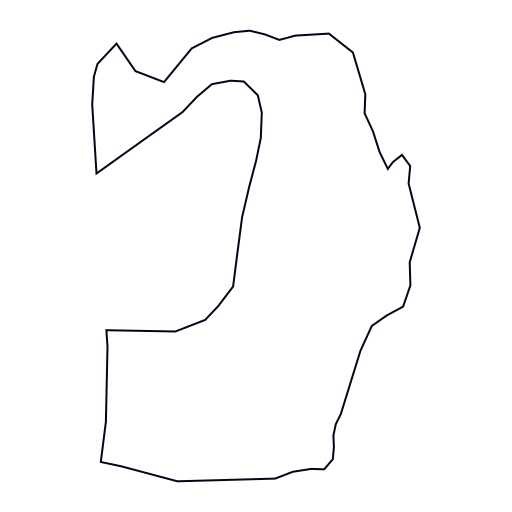 outline of Bujumbura Rural
{"feature_id": "BDI-4854", "entity_name": "Bujumbura Rural", "entity_type": "Province", "adm_level": 1, "iso_a3": "BDI", "parent_name": "Burundi", "parent_adm1": "", "projection": "natural_earth1", "projection_center": [29.411, -3.493], "detail": "fine", "context": "isolated", "style": "outline", "palette": "ink", "viewbox_px": 512, "rotation_deg": 0, "n_neighbors": 0, "source": "natural_earth", "source_scale": "10m", "svg_char_len": 882}
<svg xmlns="http://www.w3.org/2000/svg" viewBox="0 0 512 512"><path d="M96.5,173.5L92.2,104.5L93.9,76.6L97.5,63.9L116.5,43.6L135.4,71.1L164.0,82.1L191.7,48.4L212.2,37.9L234.1,32.2L249.7,30.7L264.6,34.3L279.4,39.9L295.4,35.6L328.9,33.6L352.9,52.5L365.3,94.2L364.6,113.3L372.9,131.2L379.5,151.8L387.8,168.9L393.0,162.0L402.0,154.9L410.2,166.1L408.6,183.5L419.8,227.8L409.7,262.3L410.4,285.4L403.1,306.6L387.0,315.3L371.8,325.9L360.4,350.9L340.8,414.1L335.8,424.2L333.4,435.4L333.9,447.4L332.8,459.2L324.2,469.3L311.2,468.9L292.7,471.8L275.1,478.6L177.4,481.3L121.2,466.3L100.8,462.0L105.9,421.7L107.5,346.8L106.4,330.2L175.3,331.5L205.2,319.9L218.2,306.1L233.1,286.5L237.1,255.3L242.1,217.2L249.1,187.2L256.1,160.7L260.8,138.0L261.8,112.6L257.8,95.3L243.8,81.5L230.7,80.7L211.8,84.2L196.9,96.9L182.5,112.1L141.8,141.1L96.5,173.5Z" fill="none" stroke="#020617" stroke-width="2"/></svg>